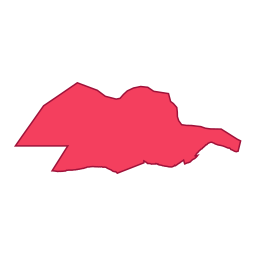 the district of Schouwen-Duiveland, Zeeland, Netherlands
{"feature_id": "6326949B19243153872397", "entity_name": "Schouwen-Duiveland", "entity_type": "district", "adm_level": 2, "iso_a3": "NLD", "parent_name": "Netherlands", "parent_adm1": "Zeeland", "projection": "robinson", "projection_center": [3.94, 51.688], "detail": "fine", "context": "isolated", "style": "filled", "palette": "rose", "viewbox_px": 256, "rotation_deg": 0, "n_neighbors": 0, "source": "geoboundaries", "source_scale": "gbopen_adm2", "svg_char_len": 4969}
<svg xmlns="http://www.w3.org/2000/svg" viewBox="0 0 256 256"><path d="M240.6,140.9L237.2,139.2L221.2,129.1L210.3,128.9L205.3,128.2L200.8,126.6L196.3,126.1L191.5,125.5L186.5,125.4L181.6,124.7L178.7,120.7L177.4,116.7L177.3,112.2L176.8,107.5L173.4,103.6L170.6,101.5L168.5,93.6L153.7,91.3L147.8,87.3L140.7,86.5L133.5,88.0L127.3,90.9L123.5,94.4L120.1,98.3L116.2,99.1L105.3,96.3L97.3,90.3L77.3,82.8L58.5,95.7L43.6,105.8L31.3,123.3L22.0,136.4L15.4,145.9L67.8,145.9L59.3,159.4L52.1,170.8L52.4,170.8L52.6,170.8L52.9,170.8L53.7,170.9L55.4,171.1L55.8,171.2L56.1,171.2L57.7,171.5L57.9,171.5L58.3,171.4L58.6,171.4L59.0,171.4L59.4,171.3L60.2,171.4L60.4,171.4L60.6,171.4L61.0,171.3L61.4,171.3L62.3,171.3L62.9,171.2L64.1,171.1L64.6,171.0L65.5,171.0L65.7,170.9L65.8,170.9L66.0,170.6L66.2,170.4L66.3,170.4L66.5,170.3L67.2,170.3L67.8,170.2L68.2,170.2L68.5,170.1L69.0,170.1L69.5,170.1L70.0,170.1L70.4,170.1L71.1,170.1L71.4,170.1L71.7,170.1L72.2,170.1L72.4,170.1L72.8,170.0L73.1,169.9L73.8,169.9L74.4,169.8L74.7,169.8L75.0,169.8L75.6,169.8L75.7,169.7L76.0,169.7L76.4,169.5L76.5,169.5L77.4,169.5L77.6,169.4L78.0,169.3L78.2,169.2L78.9,169.2L79.1,169.2L79.4,169.1L80.0,169.0L80.4,168.9L81.5,168.7L81.9,168.6L82.2,168.5L82.3,168.5L83.0,168.4L83.5,168.4L84.0,168.2L84.3,168.1L84.6,167.9L84.9,167.9L85.2,167.8L85.5,167.7L85.9,167.6L86.1,167.6L86.5,167.4L86.9,167.2L87.1,167.1L87.3,167.0L87.5,167.0L88.1,167.0L88.6,167.0L88.8,167.0L89.1,167.0L89.3,167.0L89.6,166.9L89.8,166.8L90.0,166.8L90.9,166.7L92.1,166.6L92.6,166.6L92.9,166.5L93.5,166.6L94.0,166.6L94.4,166.7L95.1,166.7L95.3,166.7L95.5,166.7L95.9,166.8L96.1,166.8L96.3,166.8L97.0,166.7L97.3,166.7L97.7,166.8L98.1,166.9L99.3,166.8L99.5,166.8L100.4,166.9L100.8,166.9L101.1,166.8L101.4,166.8L101.6,166.7L101.8,166.8L102.0,166.8L102.4,167.0L102.5,167.1L103.2,167.2L103.3,167.2L103.6,167.2L103.8,167.1L104.1,167.1L104.4,167.1L104.6,167.1L104.8,167.1L105.0,167.2L105.8,167.3L106.1,167.4L106.4,167.5L106.6,167.7L106.9,168.0L107.2,168.1L107.5,168.3L108.1,168.6L108.6,168.8L109.2,169.1L109.5,169.2L110.1,169.5L110.3,169.6L110.5,169.7L111.1,169.9L111.2,170.0L111.4,170.1L111.6,170.2L111.8,170.4L112.0,170.6L112.3,170.8L112.6,171.0L112.9,171.2L113.1,171.3L113.5,171.4L114.6,171.7L114.8,171.7L115.2,171.7L115.4,171.6L115.5,171.6L115.9,171.8L116.0,172.0L116.3,172.3L116.6,172.6L116.9,172.8L117.1,173.0L117.3,173.2L143.9,162.8L143.9,160.9L144.7,161.3L145.0,161.5L146.0,162.2L146.7,162.5L146.8,162.6L147.0,162.9L147.3,163.4L147.5,163.5L147.8,163.5L148.3,163.5L148.6,163.5L150.3,163.6L151.1,164.0L151.4,164.1L152.2,164.0L153.4,164.0L154.1,164.0L154.6,164.0L155.1,164.0L155.6,164.0L155.8,164.0L155.8,163.9L155.5,163.8L155.4,163.8L155.4,163.7L155.5,163.6L155.8,163.5L156.0,163.6L156.3,163.6L156.8,163.7L157.1,163.8L158.2,164.1L158.4,164.3L158.2,164.4L158.1,164.5L158.3,164.6L158.6,164.7L159.2,164.9L159.7,165.0L160.5,165.1L161.3,165.2L161.6,165.3L161.8,165.4L162.1,165.4L162.3,165.6L162.7,165.7L162.9,165.8L163.1,165.8L163.4,165.8L163.5,165.8L163.9,165.9L164.3,166.0L164.6,166.1L164.8,166.1L165.4,166.2L165.6,166.2L167.1,166.4L167.9,166.6L168.5,166.7L169.1,166.9L169.8,166.8L170.3,166.8L170.8,167.0L171.1,167.0L171.7,166.9L172.3,166.8L173.7,166.2L174.2,165.9L174.4,165.6L174.5,165.5L174.6,165.8L175.2,165.8L175.4,165.7L175.6,165.6L175.8,165.5L176.0,165.2L176.7,164.9L177.1,164.6L178.0,163.9L178.8,163.4L180.1,162.6L180.3,162.3L181.0,161.9L181.8,161.4L183.6,160.1L184.7,164.0L184.8,164.0L184.9,163.9L185.5,163.6L185.8,163.5L186.1,163.3L186.4,163.2L186.8,163.1L187.0,163.0L187.3,162.9L187.7,162.8L187.9,162.8L188.1,162.7L188.3,162.7L188.5,162.6L188.8,162.5L189.3,162.3L189.8,162.1L190.0,162.0L190.4,161.8L190.5,161.7L190.8,161.3L190.9,161.2L191.0,161.1L191.3,160.8L191.4,160.7L191.5,160.6L191.6,160.4L191.8,160.3L192.7,159.6L193.2,159.3L193.6,159.0L194.1,158.9L194.6,158.6L194.8,158.4L195.0,158.3L195.3,158.0L195.6,157.7L195.9,157.5L196.1,157.3L196.5,156.9L196.8,156.5L197.1,156.2L197.7,155.4L197.4,155.5L197.1,155.6L196.5,155.9L196.3,156.0L196.1,156.1L195.9,156.1L195.2,156.0L195.1,155.9L195.3,155.7L195.7,155.3L195.8,155.3L195.9,155.2L196.0,154.9L196.1,154.4L196.2,154.1L196.6,153.7L197.1,153.0L197.2,152.9L197.5,152.6L198.1,152.1L198.3,152.0L198.5,151.6L198.7,151.3L198.9,151.1L199.2,150.8L199.6,150.5L199.9,150.2L200.4,149.8L200.6,149.5L201.1,149.1L201.8,148.9L202.4,148.3L202.7,147.8L203.5,147.3L203.8,146.9L204.6,146.3L204.9,145.9L205.2,145.6L205.8,144.9L206.0,145.0L206.1,144.9L207.0,144.5L207.1,144.4L207.6,143.6L207.8,143.5L209.2,142.8L210.5,142.3L211.8,142.2L211.9,142.3L212.1,142.3L212.5,142.6L212.9,142.7L213.3,142.9L214.1,143.2L214.8,143.7L215.2,143.9L216.6,144.4L217.0,144.5L217.9,144.9L221.2,145.5L223.4,146.1L224.1,146.4L225.2,146.8L225.6,147.0L227.0,147.6L227.5,147.8L228.2,148.1L228.7,148.0L229.3,148.0L229.6,148.1L230.3,148.7L230.4,148.8L230.5,149.0L230.8,149.4L230.9,149.5L231.0,149.6L232.1,149.9L233.0,150.4L234.3,151.1L235.3,151.5L236.5,151.7L237.9,151.2L238.1,151.2L240.6,140.9Z" fill="#f43f5e" stroke="#9f1239" stroke-width="1.5"/></svg>